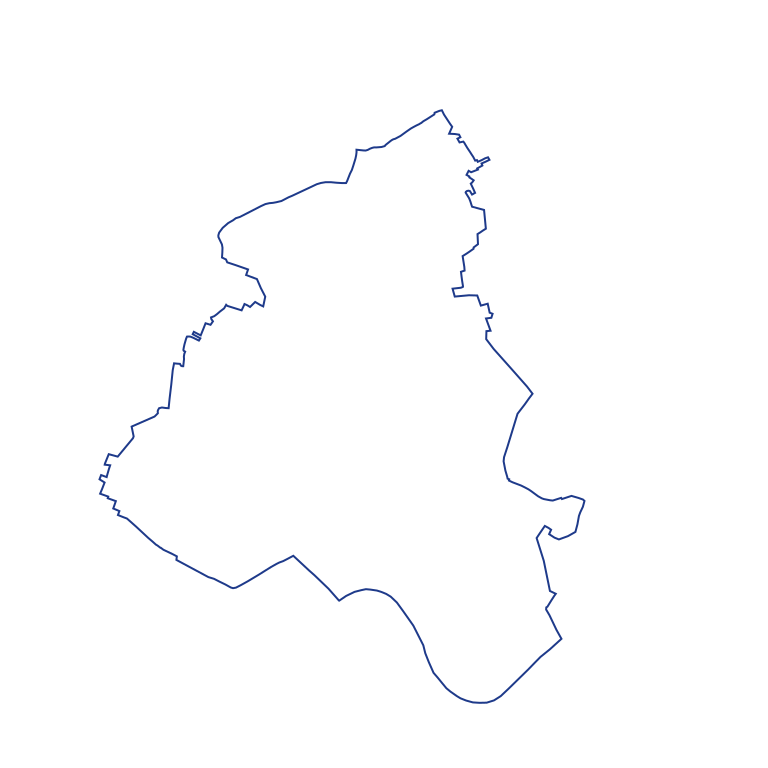 Van Giang, Hưng Yên, Vietnam (Natural Earth projection), rotated 287°
{"feature_id": "81297802B33082020704537", "entity_name": "Van Giang", "entity_type": "district", "adm_level": 2, "iso_a3": "VNM", "parent_name": "Vietnam", "parent_adm1": "Hưng Yên", "projection": "natural_earth1", "projection_center": [105.961, 20.93], "detail": "fine", "context": "isolated", "style": "outline", "palette": "blue", "viewbox_px": 768, "rotation_deg": 287, "n_neighbors": 0, "source": "geoboundaries", "source_scale": "gbopen_adm2", "svg_char_len": 4858}
<svg xmlns="http://www.w3.org/2000/svg" viewBox="0 0 768 768"><g transform="rotate(287 384 384)"><path d="M163.7,404.3L163.7,404.5L170.3,409.8L175.1,415.0L176.6,416.6L180.3,422.7L182.5,426.7L183.4,431.0L184.4,437.6L184.4,441.4L184.3,443.3L183.9,447.5L182.6,452.6L178.8,460.2L172.4,468.7L161.5,482.7L145.6,498.0L138.6,502.2L131.2,508.1L123.7,514.6L122.3,515.8L118.7,521.5L114.8,527.3L111.3,532.6L109.3,537.4L106.9,544.7L105.8,549.0L105.3,555.1L105.5,562.1L107.0,568.4L108.3,572.4L109.3,575.4L113.6,581.7L118.5,585.9L119.7,586.9L129.0,592.2L139.8,598.1L152.8,605.2L161.0,609.4L168.5,613.3L169.0,613.6L178.6,620.1L192.2,628.2L199.2,620.9L211.3,609.8L215.7,605.0L217.8,604.5L218.8,605.4L226.0,607.3L231.3,608.8L233.6,609.6L234.6,603.2L261.6,588.5L281.3,575.0L286.3,576.5L295.3,579.3L294.5,583.3L293.5,586.4L288.7,585.8L286.9,592.0L286.5,596.7L292.3,604.4L298.5,610.3L306.4,610.0L314.8,609.0L318.6,609.2L324.8,610.1L330.8,609.9L331.7,608.0L331.9,603.4L331.8,596.0L326.0,587.8L326.9,586.7L321.9,579.5L321.4,577.0L321.0,573.4L320.7,570.5L320.8,568.4L321.7,564.2L324.6,556.0L325.5,553.0L326.3,548.9L326.9,545.3L327.0,544.6L327.6,535.6L328.2,531.7L329.5,531.6L329.6,529.9L331.4,528.9L336.7,525.4L345.0,521.0L349.1,520.2L360.0,520.4L394.6,520.4L405.5,524.5L412.7,526.9L418.1,528.9L423.4,521.5L436.3,500.5L449.6,478.6L456.8,468.6L464.5,466.5L466.1,470.3L476.5,462.4L478.7,467.3L482.9,467.3L483.1,464.2L491.1,459.7L487.3,453.7L495.9,447.3L493.7,439.3L488.3,426.1L495.2,421.7L498.5,429.3L499.8,431.0L500.5,431.0L505.6,428.5L508.9,427.0L513.8,424.8L516.0,427.9L519.4,426.6L529.3,421.8L532.9,424.9L535.5,427.0L539.5,430.1L540.8,429.8L545.2,433.0L554.7,429.6L557.1,431.7L559.4,433.5L562.3,436.0L579.7,428.8L579.3,416.4L580.8,415.3L583.6,413.4L585.9,411.6L586.5,411.1L590.9,406.1L591.7,406.1L592.9,407.0L593.6,408.4L593.6,409.8L590.9,412.8L591.7,413.6L592.5,414.3L593.4,415.2L596.4,412.6L601.0,408.4L602.2,409.2L603.6,409.8L605.0,410.2L606.0,407.1L606.5,405.2L607.4,405.0L607.8,403.2L608.1,401.8L612.6,402.6L612.0,405.4L616.5,411.1L617.4,410.1L621.7,414.2L623.4,412.8L626.3,416.2L629.2,419.3L629.3,419.2L631.2,417.2L629.4,414.7L626.7,412.0L623.9,408.7L625.3,407.4L624.3,405.9L627.4,402.8L629.1,400.7L631.0,398.5L634.0,394.8L636.6,391.9L638.1,390.3L639.0,389.0L637.1,385.6L640.1,382.5L642.3,384.9L644.4,382.9L643.8,378.8L642.4,373.1L649.9,374.0L652.3,370.9L659.2,362.6L662.7,359.3L661.4,357.1L658.2,353.1L656.5,353.3L655.6,352.5L653.0,350.3L649.7,347.5L647.0,345.0L646.2,344.4L644.5,343.3L644.0,342.7L642.7,341.6L640.8,339.5L638.6,337.3L636.3,335.1L632.0,331.7L626.0,327.2L624.0,325.2L622.7,323.9L621.8,323.0L621.1,321.9L620.5,321.1L619.7,320.3L618.3,319.2L616.8,318.2L614.5,316.6L613.0,315.6L611.7,315.1L611.0,314.0L609.9,312.3L608.2,308.0L607.4,305.4L606.4,303.7L605.0,301.9L603.1,300.0L601.9,298.2L601.4,296.3L600.7,292.8L600.3,290.7L600.0,289.2L597.5,290.0L594.6,290.5L591.2,290.8L587.2,290.8L583.8,290.8L579.3,290.7L575.2,290.0L567.4,289.4L565.1,289.0L564.0,285.6L562.6,279.8L561.5,274.4L559.8,268.9L557.8,264.9L555.4,261.3L550.3,255.7L537.1,241.1L534.7,238.2L529.0,232.4L526.3,227.8L524.8,224.9L523.4,221.5L521.4,218.0L518.2,214.4L510.4,206.4L501.6,197.3L499.2,193.8L496.6,191.9L492.3,187.9L486.2,184.1L480.6,182.1L477.8,182.1L476.1,182.7L470.1,188.2L467.1,189.7L462.3,191.0L457.6,192.1L456.9,196.5L454.5,198.5L454.3,207.5L453.8,220.5L447.9,220.3L447.2,231.8L439.7,238.2L432.8,244.9L422.9,245.8L423.4,242.5L424.8,236.8L418.5,233.4L419.3,230.3L419.7,227.2L417.7,227.0L412.8,226.3L412.9,211.3L413.6,209.9L409.6,209.0L405.4,206.0L401.9,203.8L399.2,201.8L397.1,199.1L395.6,199.9L393.9,202.1L389.9,200.8L389.9,195.6L383.6,195.1L376.9,194.5L378.3,186.9L375.7,186.5L374.0,195.0L371.4,194.3L372.4,188.3L372.7,185.2L372.5,184.0L372.1,182.6L371.7,181.7L369.3,181.5L363.6,181.6L360.1,181.9L357.9,182.2L357.2,182.8L356.8,184.4L354.5,184.2L351.7,184.6L349.3,185.5L347.7,185.8L342.3,186.8L342.0,185.8L342.2,184.4L343.6,183.0L342.8,179.4L342.5,177.8L342.4,177.2L335.6,177.9L321.4,180.7L307.5,183.2L297.9,185.1L297.2,182.2L296.6,178.5L295.1,176.0L292.7,175.5L291.7,175.6L289.9,176.3L287.8,175.2L286.9,174.7L285.8,174.1L269.5,155.1L260.7,159.9L258.8,159.8L236.7,150.6L236.6,147.2L236.4,141.3L226.2,140.4L225.2,140.5L226.2,145.9L222.1,145.8L215.8,145.9L213.9,146.0L214.2,140.4L214.2,140.1L209.7,139.8L208.1,145.6L201.2,145.1L196.1,144.6L195.7,153.2L194.0,153.2L193.6,161.8L185.8,161.5L185.1,168.1L180.9,167.9L180.4,174.0L180.2,177.5L175.1,188.7L167.9,203.5L165.6,208.8L163.7,212.9L163.3,214.6L162.0,218.1L162.1,218.5L161.0,221.5L159.5,231.6L158.6,236.3L155.1,236.9L154.9,237.8L148.0,272.5L148.0,278.4L146.9,284.5L145.9,290.9L144.6,297.0L144.6,299.3L146.0,302.0L149.8,305.9L155.5,311.4L164.8,319.8L171.4,325.5L176.2,329.7L180.5,333.8L182.7,336.1L185.1,339.3L188.6,342.9L193.2,347.5L183.8,366.8L180.8,373.4L172.0,390.8L163.7,404.3Z" fill="none" stroke="#1e3a8a" stroke-width="2"/></g></svg>